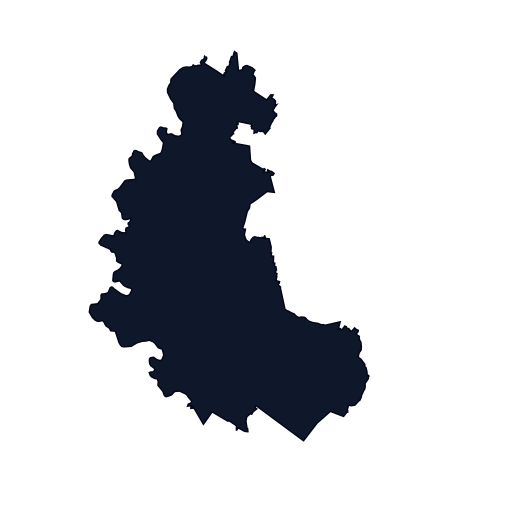 José Sixto Verduzco, Michoacán, Mexico (Albers equal-area conic projection), rotated 296°
{"feature_id": "50627088B2791388082970", "entity_name": "José Sixto Verduzco", "entity_type": "district", "adm_level": 2, "iso_a3": "MEX", "parent_name": "Mexico", "parent_adm1": "Michoacán", "projection": "albers", "projection_center": [-101.555, 20.242], "detail": "fine", "context": "isolated", "style": "filled", "palette": "ink", "viewbox_px": 512, "rotation_deg": 296, "n_neighbors": 0, "source": "geoboundaries", "source_scale": "gbopen_adm2", "svg_char_len": 6135}
<svg xmlns="http://www.w3.org/2000/svg" viewBox="0 0 512 512"><g transform="rotate(296 256 256)"><path d="M398.1,115.5L396.5,113.5L395.2,110.3L393.3,107.9L390.3,106.0L377.9,102.1L376.0,102.7L374.5,103.6L371.2,103.0L367.2,103.3L364.2,104.9L359.7,110.7L357.4,115.1L352.9,118.0L351.2,120.8L347.6,124.6L346.0,127.2L344.6,131.8L340.0,133.3L336.4,133.5L333.4,135.8L332.0,135.9L330.7,135.2L329.6,133.9L328.5,130.6L328.7,126.4L326.4,123.3L327.7,121.1L331.4,120.0L331.5,119.1L330.5,116.8L330.3,114.6L330.0,113.8L329.1,113.1L325.1,112.7L322.5,113.9L318.7,120.2L317.7,122.7L316.8,123.4L310.8,125.1L307.3,125.5L306.1,125.1L303.1,122.1L300.4,120.1L296.1,120.0L294.7,119.4L294.6,118.1L295.5,113.8L297.0,110.4L298.4,108.6L298.6,107.6L298.1,104.8L298.1,101.9L297.7,100.9L296.7,100.3L294.1,100.3L291.5,101.0L288.5,99.5L287.5,99.4L286.3,99.9L283.0,102.1L280.3,104.7L278.2,109.7L272.7,114.0L271.7,113.5L267.5,106.5L266.0,105.2L257.4,103.6L255.1,102.6L253.7,101.1L252.0,100.1L247.8,100.0L246.5,100.5L243.9,106.9L237.1,113.0L236.0,116.3L231.6,119.2L231.0,120.7L231.2,122.1L232.6,124.4L234.9,126.7L234.6,127.4L231.4,127.7L229.6,126.7L228.6,127.1L227.6,128.9L226.3,129.0L224.2,127.1L222.6,127.2L220.3,128.9L219.5,128.5L218.1,125.0L218.2,120.3L217.3,119.5L215.6,119.1L211.5,119.3L209.6,112.0L208.1,110.5L203.7,109.3L199.6,108.9L198.8,109.2L197.8,111.6L198.2,121.2L198.0,122.3L196.8,123.6L196.4,124.8L197.4,127.2L195.7,129.4L194.2,130.5L193.6,131.4L190.4,133.0L190.0,135.3L190.2,138.7L189.7,139.4L188.9,139.9L187.7,139.8L185.0,139.3L182.8,138.2L179.9,136.0L178.8,135.6L177.0,135.9L171.2,138.1L170.8,138.6L170.7,139.7L171.1,140.9L173.5,143.8L173.8,144.7L171.6,150.0L171.4,151.6L171.5,154.9L172.1,157.4L171.9,158.7L170.6,159.4L169.4,159.4L165.9,159.3L164.2,158.2L163.2,156.3L162.8,151.3L164.2,143.1L165.0,140.6L164.8,139.7L163.5,138.9L158.6,139.2L157.3,138.4L155.6,136.5L154.1,134.0L152.5,134.0L149.9,135.5L148.4,135.7L143.6,134.6L140.2,129.3L138.0,129.1L132.5,130.8L129.0,136.1L127.9,139.5L127.8,141.6L128.3,143.3L130.7,146.3L129.7,149.0L128.6,150.0L127.3,152.2L127.0,155.7L125.1,158.2L126.5,161.8L126.4,162.9L118.1,170.9L116.9,172.7L115.9,174.9L116.4,177.0L120.2,183.5L125.7,187.0L129.5,191.1L131.4,194.4L133.6,197.1L133.8,201.4L133.1,203.8L130.9,208.0L130.7,209.5L131.2,212.0L131.1,212.7L126.5,216.6L121.6,216.9L120.6,216.5L119.8,215.1L119.4,212.0L120.1,208.4L118.2,205.7L116.8,205.5L115.2,206.0L112.5,207.8L111.3,209.6L110.5,213.7L109.6,214.8L108.1,214.8L107.0,214.4L106.2,213.6L105.7,212.4L104.4,211.2L102.6,213.0L101.6,215.0L101.5,218.4L102.1,220.5L102.0,221.5L100.4,223.1L96.8,224.6L93.5,231.7L90.5,234.8L90.1,236.0L90.2,237.0L93.2,240.2L94.7,241.2L98.0,242.0L99.2,243.2L101.2,246.8L101.2,253.1L100.9,254.8L99.3,257.4L97.6,261.5L96.7,262.0L95.2,262.0L93.3,260.1L91.0,260.3L93.0,263.2L90.5,264.2L91.5,266.0L93.1,265.5L81.7,282.5L96.7,284.9L95.2,303.2L96.2,303.4L94.9,312.8L91.0,314.7L91.1,315.0L93.8,315.4L93.4,322.5L94.4,325.5L94.8,325.2L95.0,325.5L97.2,324.1L97.1,323.5L103.1,319.4L106.7,318.3L108.0,318.4L111.5,319.9L112.0,321.5L113.5,321.6L113.5,321.1L118.9,323.7L119.4,321.4L121.6,321.5L110.8,379.7L132.4,384.1L148.6,390.8L149.0,391.2L150.2,405.0L155.4,406.1L155.9,406.9L157.7,405.8L157.7,405.4L162.1,404.7L162.7,405.2L163.2,407.3L165.4,410.3L171.4,412.0L171.5,412.5L173.8,412.6L176.6,412.2L177.1,411.6L178.0,411.9L183.1,411.8L183.5,412.1L186.2,411.5L189.2,409.9L195.0,410.7L197.1,409.9L197.6,410.1L198.3,407.9L199.1,407.1L200.0,406.9L203.8,403.9L204.3,402.2L206.2,401.4L209.2,395.7L209.8,392.4L212.2,391.5L214.6,391.1L217.3,391.7L220.4,390.6L224.6,388.0L226.3,385.2L226.9,385.3L227.9,384.4L229.0,384.1L229.6,380.2L232.7,380.9L234.0,380.5L233.9,378.5L234.6,376.2L230.5,375.0L230.0,374.2L231.3,371.3L231.0,369.2L232.0,368.3L232.0,366.5L227.0,365.6L226.7,364.8L227.7,363.9L227.5,362.7L226.3,362.0L233.7,360.5L224.2,348.7L223.6,346.1L222.9,345.3L222.5,340.9L221.1,336.5L220.6,332.7L220.9,330.2L222.0,327.7L222.1,326.2L221.0,323.5L219.3,321.2L219.8,317.7L220.7,315.7L220.4,312.5L220.7,309.4L220.4,308.2L220.8,305.4L238.2,291.7L238.8,291.7L239.8,288.6L241.0,288.3L241.6,288.8L243.3,288.4L242.6,284.8L246.4,283.8L246.3,283.5L249.4,282.5L249.1,281.1L252.1,280.1L252.4,280.5L255.1,278.5L254.7,277.2L257.8,276.0L257.4,274.6L263.5,271.9L262.7,269.6L265.7,268.6L265.5,267.9L270.7,265.7L277.2,260.3L275.9,256.7L277.2,255.8L277.1,254.9L278.6,254.9L276.4,254.9L275.9,255.1L275.8,254.7L275.6,255.4L273.8,250.8L273.8,250.1L273.4,249.7L272.6,246.3L271.3,245.2L268.4,244.5L265.5,244.6L265.4,243.5L265.9,240.5L267.2,238.8L269.9,236.2L275.4,234.8L274.6,231.8L281.1,231.0L292.3,228.6L296.0,229.1L300.3,227.8L305.4,230.9L318.9,237.8L321.2,244.6L334.3,233.3L336.2,235.9L338.2,236.0L338.8,232.9L338.4,231.3L338.6,228.8L337.9,228.9L336.8,230.6L334.9,226.1L337.9,226.3L338.1,224.9L336.9,224.5L337.9,211.9L338.7,210.2L340.2,208.7L351.9,202.0L347.1,184.8L349.0,187.4L349.6,187.1L349.4,182.3L350.8,180.5L351.7,180.1L353.7,181.4L354.5,181.1L356.0,182.2L356.7,180.6L357.9,181.5L359.4,181.1L360.0,181.8L361.5,181.9L362.8,183.1L364.4,181.7L366.3,181.2L366.5,182.1L369.1,180.8L372.5,194.5L370.3,194.9L370.4,195.7L368.8,196.1L368.5,196.8L369.4,198.7L365.5,200.4L367.1,201.8L367.2,202.7L369.6,202.9L369.7,205.2L370.7,206.4L370.6,207.0L371.8,207.1L369.7,210.8L377.0,212.5L377.1,211.7L382.0,211.5L385.2,211.9L387.3,211.4L387.6,212.2L390.0,212.3L390.5,213.0L391.2,213.0L392.6,212.2L393.0,209.7L393.8,208.4L393.5,207.3L394.2,207.5L395.6,207.1L395.4,206.6L396.4,207.7L397.6,207.5L401.0,208.2L400.0,207.2L403.9,205.5L404.8,202.9L404.4,200.8L408.3,200.7L407.3,198.6L400.9,197.2L402.9,181.5L410.1,179.5L415.7,177.4L417.1,175.1L417.2,173.8L420.8,173.3L422.5,173.6L423.5,170.0L423.2,164.3L422.1,162.9L420.1,161.6L417.3,162.0L414.9,159.0L429.9,149.8L430.3,147.0L424.9,147.9L424.5,146.6L418.5,147.3L418.4,148.0L413.9,148.6L413.7,147.2L409.3,147.3L409.3,148.8L406.4,147.4L404.8,147.6L403.6,148.4L404.9,139.6L406.5,125.2L407.0,124.6L409.8,125.2L411.9,125.2L413.0,124.3L412.4,123.1L412.9,122.3L412.4,122.3L411.8,122.9L409.5,122.6L408.2,121.4L405.6,121.2L404.5,122.7L403.4,122.8L401.5,119.7L400.7,119.4L400.1,117.3L400.2,115.8L398.1,115.5Z" fill="#0f172a" stroke="#020617" stroke-width="1.5"/></g></svg>